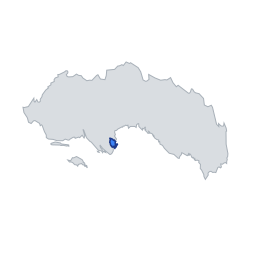 Östhammar, Uppsala, Sweden shown in context, rotated 69°
{"feature_id": "70781695B19211904151309", "entity_name": "Östhammar", "entity_type": "district", "adm_level": 2, "iso_a3": "SWE", "parent_name": "Sweden", "parent_adm1": "Uppsala", "projection": "equal_earth", "projection_center": [18.222, 60.283], "detail": "fine", "context": "in_parent", "style": "filled", "palette": "blue", "viewbox_px": 256, "rotation_deg": 69, "n_neighbors": 0, "source": "geoboundaries", "source_scale": "gbopen_adm2", "svg_char_len": 4989}
<svg xmlns="http://www.w3.org/2000/svg" viewBox="0 0 256 256"><g transform="rotate(69 128 128)"><path d="M55.2,164.7L56.1,166.5L58.2,166.3L59.1,165.0L60.3,161.1L59.2,156.8L61.1,155.3L62.4,152.9L65.2,152.2L69.1,149.5L69.6,146.7L70.6,144.6L67.7,138.5L67.5,137.0L72.4,136.2L74.6,132.2L71.4,129.6L66.4,127.1L68.5,119.5L66.5,115.4L66.9,113.7L66.7,111.0L68.0,110.0L65.7,106.1L68.3,103.5L68.0,102.2L75.3,96.9L80.0,96.0L88.6,96.7L90.8,94.7L90.9,93.6L90.2,91.0L85.4,89.5L90.9,84.9L95.1,80.4L96.1,76.2L97.1,74.4L96.2,70.2L101.8,69.8L106.8,68.1L106.1,65.9L117.2,59.1L117.5,58.0L116.7,56.8L114.2,54.8L114.9,53.8L117.9,53.3L119.3,52.4L121.5,49.3L127.5,46.9L133.9,48.5L136.8,45.8L136.6,42.1L139.0,41.7L156.3,44.0L159.2,42.7L156.3,41.9L159.2,40.5L160.0,39.6L160.3,38.5L160.2,37.9L157.8,36.6L163.2,36.4L166.2,37.0L166.5,37.8L178.3,42.2L187.7,43.9L190.4,45.2L191.4,46.5L192.9,46.6L194.7,47.9L196.5,48.6L195.1,49.5L195.2,51.6L195.7,52.6L194.8,54.4L197.9,54.8L198.4,55.9L196.9,57.0L197.1,58.3L201.1,62.0L200.2,63.3L199.9,64.8L198.2,66.0L197.9,67.2L198.3,68.7L198.9,69.5L200.7,70.0L203.7,74.2L200.7,74.5L198.5,73.9L193.2,74.4L191.9,75.1L187.9,73.4L185.6,74.3L184.0,73.5L182.8,74.9L182.5,76.8L180.6,76.6L181.3,77.3L178.8,77.6L178.6,77.9L179.1,78.3L178.4,78.9L174.9,79.1L174.4,79.7L175.4,80.5L175.4,80.9L173.1,80.2L174.7,81.6L175.1,82.6L170.3,86.6L171.9,87.7L173.2,90.0L174.7,91.0L174.1,92.1L169.1,94.6L166.3,98.6L160.0,101.3L156.6,102.0L154.5,103.9L151.9,103.3L151.9,104.4L150.2,103.7L148.9,105.4L146.6,106.8L144.1,106.6L143.8,106.8L144.6,107.3L141.7,107.6L140.8,109.1L138.7,109.6L138.3,110.0L140.5,110.1L140.0,111.4L137.6,112.0L136.7,112.8L135.6,112.8L135.8,112.1L134.1,112.2L133.6,111.5L133.3,111.7L134.4,113.7L133.6,114.5L135.1,115.3L130.6,117.3L127.8,116.5L127.5,117.1L128.0,118.8L130.4,120.2L129.0,121.1L127.4,125.2L128.4,127.6L125.3,127.1L125.5,128.0L124.5,129.1L124.9,130.7L124.5,131.8L125.3,132.7L124.8,133.2L125.3,137.7L126.1,139.6L125.8,141.2L127.1,142.0L129.8,142.2L130.6,143.5L134.1,142.7L136.6,145.2L141.2,147.4L141.0,148.8L144.0,149.9L145.7,151.8L146.4,153.4L146.2,154.4L141.5,157.1L137.9,159.0L134.2,160.1L134.4,160.5L136.2,160.7L140.7,159.4L142.0,160.5L139.6,161.1L139.1,162.6L138.0,163.7L128.1,167.3L126.7,168.4L122.3,170.2L114.3,170.1L113.1,170.5L120.0,171.2L121.6,172.6L118.3,173.4L119.7,176.6L118.8,177.4L118.7,181.0L117.5,181.0L117.0,182.5L117.6,186.1L118.1,187.1L117.9,188.2L115.9,190.6L116.5,193.5L114.3,198.9L111.8,202.0L109.8,206.2L107.7,207.7L105.2,206.8L101.5,207.3L94.8,207.2L94.0,207.6L94.4,209.1L92.0,208.9L87.7,212.2L87.5,213.7L89.1,216.8L87.0,218.8L82.4,218.3L76.3,219.6L71.0,218.6L71.7,217.5L72.3,213.4L66.4,205.2L69.3,206.1L70.5,205.6L68.8,203.0L71.3,202.8L72.1,201.8L71.7,200.3L69.7,199.6L68.0,197.2L66.2,196.0L63.1,191.2L62.1,187.9L60.9,188.2L60.1,184.5L58.4,183.9L58.2,180.2L56.4,179.7L55.2,178.0L55.2,174.8L53.0,174.4L53.4,172.8L52.9,167.2L52.3,165.4L53.0,164.1L54.2,164.0L55.2,164.7ZM147.6,182.2L146.6,182.5L146.0,183.6L144.5,184.1L144.2,187.4L145.6,188.6L144.1,189.2L143.1,190.9L140.4,192.1L139.3,193.3L138.7,194.9L136.3,195.7L138.0,193.3L135.8,190.5L136.4,189.5L136.2,186.3L141.1,182.2L143.3,181.8L144.3,182.2L144.8,181.2L145.5,181.0L147.6,182.2ZM116.4,205.2L115.2,205.9L114.8,204.9L115.0,201.0L117.8,196.4L119.0,196.0L122.3,189.8L122.7,189.4L123.8,189.8L123.0,190.4L123.0,191.5L120.9,194.8L120.3,196.9L119.6,197.5L116.4,205.2ZM148.6,180.9L148.4,181.8L147.2,181.1L148.3,180.0L150.7,180.3L148.6,180.9ZM142.9,157.6L141.4,159.0L141.1,158.4L141.4,157.7L142.9,157.6ZM139.6,164.8L138.8,164.9L139.4,164.0L140.4,163.7L139.6,164.8Z" fill="#d9dde1" stroke="#a8b0b8" stroke-width="1"/><path d="M131.1,148.6L131.4,148.7L131.7,148.8L131.9,148.7L132.3,148.5L132.5,148.6L132.9,148.7L133.0,148.9L133.2,149.1L133.4,149.2L133.5,149.5L134.0,149.7L134.3,149.8L134.5,150.0L135.0,150.2L135.3,150.0L135.6,150.0L136.1,150.0L136.4,150.2L136.7,150.2L137.2,150.3L137.9,150.3L138.4,150.1L138.5,149.9L138.6,149.7L139.0,149.7L139.2,150.0L139.6,149.9L139.8,149.8L139.9,149.6L140.2,149.5L140.3,149.2L140.3,148.9L140.5,148.8L140.8,148.7L141.0,148.6L140.9,148.6L140.7,148.5L140.5,148.3L140.2,148.1L140.0,147.9L140.1,147.7L140.3,147.4L140.7,147.5L141.0,147.8L141.5,147.8L141.9,147.8L142.3,147.6L142.1,147.3L141.6,147.1L141.1,147.0L140.8,146.8L140.4,146.5L139.6,146.1L139.4,145.9L138.6,145.6L138.0,145.5L137.6,145.3L137.0,145.1L136.5,144.9L136.2,144.7L136.1,144.4L135.9,144.5L135.6,144.7L135.4,144.8L135.2,145.0L134.5,145.1L134.3,145.2L134.4,145.5L134.4,145.8L134.1,146.1L133.8,146.1L133.5,146.2L133.2,146.3L132.9,146.4L132.7,146.6L132.5,146.8L132.3,147.0L132.2,147.2L131.9,147.4L131.8,147.6L131.7,147.9L131.4,148.0L131.2,148.3L131.1,148.5L131.1,148.6ZM141.6,146.4L141.5,146.1L141.4,145.9L141.0,145.6L140.8,145.4L140.6,145.2L140.3,145.1L140.2,144.7L139.9,144.2L139.7,143.9L139.4,143.7L139.0,143.8L138.9,144.1L139.1,144.3L139.2,144.6L139.2,145.2L139.4,145.5L139.7,145.7L140.1,145.9L140.4,146.1L140.7,146.3L141.1,146.5L141.4,146.5L141.6,146.4Z" fill="#3b82f6" stroke="#1e3a8a" stroke-width="1.5"/></g></svg>